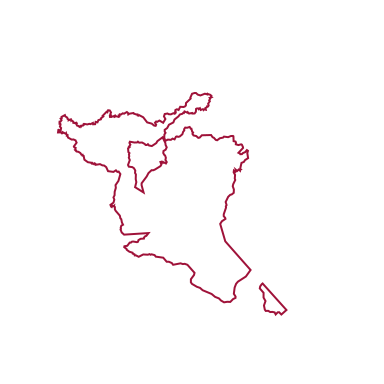 Mineiros, Goiás, Brazil (Mercator projection), rotated 310°
{"feature_id": "56859067B49749274510868", "entity_name": "Mineiros", "entity_type": "district", "adm_level": 2, "iso_a3": "BRA", "parent_name": "Brazil", "parent_adm1": "Goiás", "projection": "mercator", "projection_center": [-52.699, -17.707], "detail": "fine", "context": "isolated", "style": "outline", "palette": "rose", "viewbox_px": 384, "rotation_deg": 310, "n_neighbors": 0, "source": "geoboundaries", "source_scale": "gbopen_adm2", "svg_char_len": 6045}
<svg xmlns="http://www.w3.org/2000/svg" viewBox="0 0 384 384"><g transform="rotate(310 192 192)"><path d="M169.9,287.0L175.6,249.2L185.7,234.1L188.8,233.7L192.9,234.9L193.5,234.1L193.9,231.8L195.4,230.6L201.9,228.1L202.8,227.1L204.2,226.9L206.0,224.2L211.6,222.8L214.4,223.1L215.7,224.0L218.2,224.5L220.9,222.4L222.6,219.5L224.6,218.5L229.0,217.4L229.8,216.1L232.8,214.0L233.9,211.2L235.4,210.3L235.5,212.4L236.6,212.3L237.2,211.3L237.2,213.1L239.2,213.3L239.2,215.0L239.7,214.6L240.6,214.9L240.5,214.1L246.1,211.2L248.4,212.4L250.5,212.1L254.0,213.2L257.3,209.4L259.5,208.4L259.4,207.1L256.7,207.1L254.6,206.0L253.1,205.9L252.0,204.7L252.3,204.0L251.9,202.4L258.6,202.8L259.2,202.1L260.3,199.8L260.1,199.0L257.8,197.4L256.7,194.9L258.3,193.7L258.6,192.9L257.7,191.2L261.3,187.9L261.3,187.4L260.0,185.9L257.2,184.4L255.0,180.9L253.6,180.8L251.1,178.8L247.8,178.0L247.2,176.7L247.6,173.9L247.2,172.6L247.9,170.0L241.8,163.1L238.6,162.9L237.5,162.0L237.6,159.3L236.3,156.8L236.8,155.0L238.3,154.6L238.3,153.4L240.1,150.9L239.7,150.4L240.3,148.4L238.0,146.9L237.0,145.4L235.0,145.6L234.2,146.5L232.5,146.5L230.0,147.5L226.6,146.9L225.3,145.9L224.9,144.7L224.0,144.2L221.1,144.8L220.4,142.8L218.4,142.3L216.6,139.8L214.0,138.7L215.8,135.8L218.3,133.9L220.3,133.7L220.7,132.3L222.1,131.1L225.0,131.9L228.7,131.1L233.3,133.0L236.3,132.0L241.1,133.0L243.6,132.9L245.8,134.4L247.2,134.4L247.4,135.0L248.9,134.5L249.8,137.5L250.4,137.4L250.2,139.3L252.6,141.3L252.3,141.8L253.8,143.5L255.9,143.4L258.3,141.7L259.2,142.1L260.4,143.6L260.1,143.9L261.3,144.2L260.4,145.9L262.3,147.0L262.9,147.9L262.6,148.2L263.2,148.3L263.9,149.7L265.0,148.3L266.5,148.9L267.3,148.5L267.9,149.3L269.0,149.1L270.0,147.6L273.0,147.3L273.2,146.3L275.6,145.8L275.6,145.2L277.1,146.0L277.0,145.3L278.1,145.1L278.2,143.6L277.4,141.5L276.9,141.4L277.1,140.5L276.2,140.2L275.6,138.7L271.4,136.4L270.3,133.8L270.4,131.5L269.6,130.4L267.3,128.9L263.2,130.1L262.7,130.9L256.3,130.2L254.3,131.7L253.0,131.6L251.7,130.9L249.7,128.2L246.2,129.0L245.7,127.3L244.2,126.6L242.5,127.6L242.7,128.3L241.5,128.7L240.7,128.3L240.4,127.1L237.9,125.9L236.6,124.1L236.4,122.8L234.2,121.0L231.9,121.9L230.8,124.7L226.5,125.4L225.8,121.1L223.3,120.2L223.0,119.2L221.3,119.1L220.5,121.3L219.3,121.6L218.5,120.2L218.5,117.2L216.5,112.9L217.9,106.6L216.9,102.1L216.0,101.9L215.7,101.1L216.4,100.4L215.5,99.3L214.6,97.0L214.9,96.4L211.6,93.6L210.5,93.3L211.4,92.2L211.4,90.7L208.3,89.6L207.8,88.4L205.7,87.8L205.1,86.8L204.6,87.2L203.8,86.7L203.2,87.8L202.4,87.6L201.2,85.0L200.1,84.5L200.9,83.8L200.3,83.5L199.8,84.0L198.1,81.5L197.6,81.9L196.8,80.9L197.5,80.2L198.1,80.8L198.8,80.4L198.9,79.5L200.9,78.8L201.6,76.6L200.7,75.2L198.7,75.9L198.6,75.0L192.9,74.6L192.8,75.5L189.9,74.9L189.1,75.5L186.9,74.1L184.6,74.8L183.8,73.1L181.7,74.2L180.3,72.7L181.2,71.7L178.7,70.6L178.2,69.5L176.5,68.4L174.9,65.7L174.2,65.9L174.1,65.4L172.9,65.8L171.7,64.8L170.8,64.9L171.1,64.3L169.5,63.9L169.7,62.7L169.0,61.4L169.8,59.2L170.6,59.5L170.8,58.9L169.4,57.9L168.7,56.6L169.6,55.9L169.5,53.7L169.0,53.6L169.8,52.5L167.7,51.4L168.3,51.0L168.0,49.7L168.8,48.6L168.5,46.3L169.2,45.2L165.7,43.8L164.9,44.7L163.8,44.2L163.2,45.9L161.5,46.0L160.8,45.3L160.2,45.7L159.1,46.7L159.6,47.3L159.1,48.0L157.2,48.8L156.9,50.6L154.6,51.9L154.0,52.0L154.1,50.0L153.7,49.7L151.5,51.1L153.4,53.2L153.3,54.7L153.8,55.0L154.7,54.5L155.5,58.0L156.0,57.9L155.4,58.8L155.6,60.0L154.6,60.1L154.8,60.9L154.0,62.0L154.8,66.1L156.1,67.5L156.7,69.6L155.6,71.9L151.0,72.2L150.6,73.0L151.0,74.5L149.9,75.0L149.4,76.1L149.0,75.8L148.8,77.5L149.8,79.2L150.1,81.4L149.5,83.4L150.2,84.2L149.5,84.8L150.0,85.8L147.6,88.8L147.9,93.1L149.5,95.7L149.3,97.0L149.7,97.6L150.2,97.3L150.3,98.9L151.4,99.0L151.5,100.1L150.9,100.7L154.2,103.6L154.8,106.2L155.8,107.7L155.9,110.3L154.0,114.3L156.9,118.9L159.7,119.8L159.4,121.9L160.5,122.7L159.7,125.6L153.2,128.5L148.1,129.0L146.2,131.0L142.5,132.6L139.7,134.8L137.4,135.3L136.2,137.4L133.4,138.7L129.7,137.8L128.8,139.4L128.9,140.2L130.3,139.8L130.6,140.9L131.4,141.1L130.9,141.4L130.9,142.6L129.1,144.1L128.5,145.7L127.5,151.9L125.8,154.1L125.7,155.3L123.6,157.9L122.6,160.2L120.8,159.5L118.7,160.4L118.1,161.3L117.3,161.4L115.8,164.2L115.7,167.4L132.6,185.1L129.0,185.2L128.1,184.6L126.3,184.5L125.4,185.1L123.1,182.7L120.7,181.9L119.2,182.6L118.2,182.1L116.2,178.7L115.1,177.8L113.9,177.7L113.2,176.8L109.2,177.0L107.0,175.1L106.2,175.5L106.3,178.4L105.8,179.2L106.0,182.4L107.3,185.5L106.7,186.2L107.3,188.0L106.6,188.9L107.4,189.7L108.1,192.8L112.8,194.8L115.6,198.5L117.1,199.4L117.3,200.6L118.3,201.1L119.6,203.9L119.2,205.8L123.2,212.2L122.3,217.4L123.7,219.1L124.6,222.2L124.1,224.3L130.0,229.1L130.9,231.3L132.3,232.6L133.3,235.3L131.7,245.9L129.7,246.9L124.5,247.2L122.1,249.2L121.6,251.0L122.5,256.6L123.7,259.8L123.6,263.3L126.5,272.6L126.5,277.1L127.8,281.0L127.5,284.0L128.1,287.5L130.6,289.6L132.4,292.0L136.4,292.3L138.8,293.4L139.9,292.6L140.9,289.5L146.2,286.1L150.0,284.8L152.8,284.8L161.9,287.6L169.9,287.0ZM186.1,114.6L188.6,114.4L189.4,112.5L190.6,112.1L192.9,116.1L194.7,118.1L195.8,118.2L195.8,119.8L197.8,121.9L198.4,124.9L198.2,126.2L199.0,127.2L200.3,127.5L200.0,129.2L201.4,131.7L206.5,133.2L208.7,132.8L215.0,134.3L212.4,140.1L211.0,141.6L210.0,143.9L207.5,144.6L205.1,143.8L203.4,144.9L202.6,146.9L202.7,147.9L201.4,150.0L199.5,151.0L198.7,153.4L197.1,153.7L196.6,151.4L196.0,151.2L196.2,150.6L195.4,150.4L195.9,149.3L194.7,148.5L193.4,150.9L191.5,151.2L185.2,149.1L183.7,148.3L182.7,147.0L178.5,146.5L174.8,147.3L166.3,147.8L164.9,148.9L160.5,155.2L159.1,145.3L163.8,143.0L165.7,140.6L169.4,137.7L170.0,136.1L172.0,134.7L172.9,132.2L172.7,130.3L170.8,127.3L171.6,125.6L176.5,123.8L177.7,121.5L179.0,121.0L180.3,119.5L181.6,119.1L181.7,117.6L184.3,115.0L186.2,115.3L186.1,114.6ZM162.3,340.2L167.3,304.9L166.2,304.7L163.5,304.9L161.7,305.9L160.8,311.6L157.1,314.7L155.7,318.4L151.3,320.1L148.7,323.4L148.3,324.9L150.0,326.9L150.3,329.1L151.8,330.6L152.9,332.7L152.0,334.8L154.9,335.0L155.9,336.0L155.6,339.2L162.3,340.2Z" fill="none" stroke="#9f1239" stroke-width="2"/></g></svg>